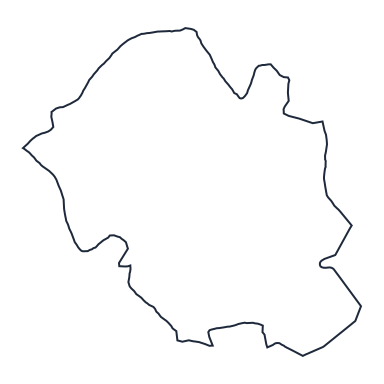 Gashaka, Taraba, Nigeria
{"feature_id": "59680162B87534880716336", "entity_name": "Gashaka", "entity_type": "district", "adm_level": 2, "iso_a3": "NGA", "parent_name": "Nigeria", "parent_adm1": "Taraba", "projection": "mercator", "projection_center": [11.323, 7.498], "detail": "fine", "context": "isolated", "style": "outline", "palette": "slate", "viewbox_px": 384, "rotation_deg": 0, "n_neighbors": 0, "source": "geoboundaries", "source_scale": "gbopen_adm2", "svg_char_len": 4184}
<svg xmlns="http://www.w3.org/2000/svg" viewBox="0 0 384 384"><path d="M351.7,225.5L341.5,213.1L340.7,212.1L338.5,209.6L336.9,208.2L336.0,207.3L334.3,205.7L332.8,203.2L331.1,200.7L328.2,197.5L326.8,195.3L325.4,187.5L325.0,185.0L324.7,182.9L324.0,178.9L324.0,176.8L324.4,172.9L324.8,170.0L325.1,168.2L325.7,166.8L325.5,165.8L325.6,164.1L325.6,163.9L325.6,163.2L325.7,161.6L325.7,160.9L325.1,159.4L325.1,159.1L325.1,156.4L325.0,155.8L325.9,151.8L327.0,144.3L326.7,140.1L326.0,134.7L324.6,131.1L322.5,121.5L312.8,123.2L299.2,118.6L288.7,115.9L283.8,113.5L283.6,109.1L284.8,106.5L288.7,100.9L287.9,92.7L288.4,83.8L289.3,80.2L288.0,77.5L283.7,77.1L279.7,75.0L276.7,70.7L273.5,67.6L270.7,64.3L268.8,64.3L264.5,65.0L262.3,65.0L259.9,65.7L258.7,65.8L258.2,66.3L256.6,67.8L255.5,69.2L254.8,71.0L254.4,72.4L253.7,75.3L252.9,77.4L251.8,80.3L251.5,81.7L250.8,83.9L247.9,90.3L247.1,93.1L245.0,96.0L243.1,97.9L242.8,98.1L241.0,98.5L239.6,98.1L237.2,94.8L236.8,94.2L234.3,93.1L232.1,89.2L231.1,88.1L229.6,86.3L228.6,84.9L226.3,82.3L225.4,81.3L223.6,78.4L222.5,77.4L220.0,74.1L218.3,70.9L215.4,67.4L214.4,64.5L212.9,62.0L211.9,59.5L209.8,54.8L206.6,50.9L203.4,46.6L201.6,43.8L201.2,43.0L200.5,40.5L199.1,38.4L198.4,37.7L197.7,36.6L197.0,34.8L196.6,32.0L195.2,30.9L193.8,29.8L190.8,28.9L185.3,28.1L183.1,29.3L182.0,29.8L180.0,30.6L176.3,30.7L174.7,30.8L171.6,31.5L169.9,31.0L166.8,31.2L164.7,31.3L161.5,31.4L159.9,31.5L157.3,31.6L153.6,32.3L149.4,33.0L147.3,33.1L143.6,33.8L141.5,33.9L138.9,35.1L137.4,35.7L135.3,36.9L133.7,37.5L131.7,38.2L129.6,39.3L127.5,40.5L126.0,41.7L124.5,42.8L122.4,44.5L120.4,46.2L118.9,47.9L117.4,49.6L115.8,50.8L112.3,53.6L111.3,55.3L110.5,56.4L109.3,58.1L106.3,60.9L103.8,63.7L102.2,64.9L98.7,68.3L97.2,70.5L93.7,74.4L92.2,76.7L91.8,77.1L89.2,80.0L88.2,82.2L86.3,85.6L84.8,88.3L83.3,90.6L82.4,92.8L80.9,95.5L78.9,98.3L77.9,99.4L74.9,101.2L69.7,104.1L68.1,104.7L65.6,105.9L63.0,107.1L59.8,107.3L56.1,108.5L51.5,112.0L51.6,113.6L51.3,116.8L51.9,119.5L52.6,122.7L53.3,127.0L50.8,129.8L48.2,131.5L44.6,132.8L42.0,133.4L40.4,134.1L37.8,135.3L36.3,135.9L34.2,137.6L32.7,138.7L30.2,141.0L28.7,142.7L27.7,143.8L24.6,146.6L23.0,148.1L24.2,148.8L26.9,150.9L29.1,152.4L31.9,155.5L34.1,157.5L36.4,160.7L39.7,163.2L40.8,164.8L42.5,166.3L49.1,170.9L52.9,174.5L54.6,176.6L56.4,179.7L57.6,182.9L58.8,186.1L60.5,189.8L61.1,191.4L62.4,195.6L63.6,199.3L63.8,203.1L63.9,205.3L64.0,206.9L64.1,209.0L64.9,213.9L65.5,217.1L65.9,218.9L66.2,220.8L68.0,224.5L69.3,228.7L70.4,230.9L71.6,233.5L72.8,236.7L74.0,239.9L74.7,242.0L76.9,245.1L78.1,247.2L79.8,249.3L81.4,250.8L83.0,251.3L85.7,251.2L87.8,251.1L89.9,249.9L91.9,249.3L93.5,248.1L95.6,247.5L97.6,245.3L98.6,244.1L100.1,243.0L102.1,241.3L103.7,240.1L105.7,239.0L108.2,237.6L109.8,235.5L111.9,235.4L114.0,235.3L116.7,236.3L118.3,236.8L119.9,237.2L121.6,238.8L123.8,240.3L126.0,242.3L126.6,244.5L127.9,248.7L119.0,263.0L119.3,266.2L125.6,266.5L128.0,266.3L130.3,265.5L130.4,266.9L130.5,269.1L130.1,271.8L129.6,273.4L129.3,277.2L128.4,282.1L129.7,286.4L131.4,288.5L134.1,291.0L136.4,294.2L138.6,295.7L141.3,297.7L143.6,300.3L145.8,302.4L147.4,303.4L149.1,304.9L153.4,306.9L155.1,308.9L156.3,311.6L158.5,313.6L160.8,316.8L163.5,318.8L166.3,320.8L168.5,322.9L170.8,325.5L171.3,326.0L172.4,328.1L173.5,329.1L176.3,331.1L177.4,340.4L182.3,341.7L188.8,340.3L192.3,341.1L193.5,341.3L195.8,341.6L199.1,342.1L205.2,344.1L209.4,345.8L212.7,345.6L209.3,337.0L208.3,332.1L209.6,330.2L211.7,329.5L214.3,328.9L216.9,328.2L219.0,328.1L223.7,327.4L227.4,326.7L229.5,326.6L232.6,325.9L235.3,325.2L238.4,324.0L241.5,323.3L244.7,322.7L246.8,323.1L250.5,322.9L253.1,322.8L254.7,323.3L257.9,323.7L260.6,324.6L262.8,325.6L262.5,332.2L264.5,334.6L266.3,344.3L267.3,347.4L272.8,345.0L275.1,343.4L277.0,343.0L279.5,343.2L281.7,344.7L283.9,345.7L284.8,346.5L285.6,347.0L292.5,350.5L302.5,355.7L302.8,355.9L305.0,354.8L322.7,347.1L324.0,346.3L340.7,332.8L341.0,332.6L355.3,321.0L361.0,306.2L345.7,285.4L340.5,278.3L334.9,270.8L333.9,269.4L332.8,268.4L331.3,267.7L329.5,267.4L325.6,267.8L323.4,267.7L321.7,267.2L320.5,266.4L319.9,264.8L319.9,263.1L320.6,261.6L321.7,260.6L324.5,258.9L335.3,255.0L349.8,228.6L351.7,225.5Z" fill="none" stroke="#1e293b" stroke-width="2"/></svg>